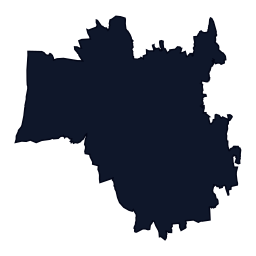 Re nor, Vestfold, Norway (Mercator projection)
{"feature_id": "86288312B25066460859021", "entity_name": "Re nor", "entity_type": "district", "adm_level": 2, "iso_a3": "NOR", "parent_name": "Norway", "parent_adm1": "Vestfold", "projection": "mercator", "projection_center": [10.283, 59.393], "detail": "fine", "context": "isolated", "style": "filled", "palette": "ink", "viewbox_px": 256, "rotation_deg": 0, "n_neighbors": 0, "source": "geoboundaries", "source_scale": "gbopen_adm2", "svg_char_len": 5774}
<svg xmlns="http://www.w3.org/2000/svg" viewBox="0 0 256 256"><path d="M15.4,142.4L21.7,141.0L26.3,141.3L30.3,140.0L36.2,142.5L41.7,140.3L50.0,139.2L52.5,138.1L53.5,138.7L58.2,138.3L60.6,136.2L62.7,136.1L63.4,135.5L63.7,136.4L65.0,136.6L64.5,137.2L64.7,137.6L65.2,136.8L67.6,136.7L70.2,139.0L71.6,138.9L71.4,140.4L70.4,141.3L71.1,141.7L71.3,142.5L72.3,141.6L73.0,142.0L73.5,143.2L75.2,142.5L77.6,142.9L80.6,141.5L80.8,140.7L83.2,139.0L85.6,134.7L86.6,134.0L86.5,136.6L85.5,139.4L84.7,144.4L85.7,146.5L85.6,148.6L84.9,151.3L85.3,153.5L89.7,154.3L90.4,157.1L92.8,161.9L92.7,164.1L98.5,165.7L98.1,169.5L99.1,171.9L99.7,174.9L99.6,179.0L100.0,182.5L112.9,178.1L112.5,179.9L113.8,181.4L114.4,184.4L114.1,185.9L114.8,186.4L115.1,189.0L116.3,191.3L117.7,197.6L119.7,202.6L123.8,207.2L129.1,210.2L132.3,211.1L133.3,209.6L136.2,214.2L136.5,216.4L136.1,217.2L136.2,220.6L135.6,222.9L135.6,223.8L135.8,223.9L134.3,227.2L134.2,228.4L134.9,228.8L134.7,231.2L135.2,231.9L136.5,232.0L142.7,228.8L145.4,228.8L148.0,229.6L149.6,229.3L150.2,225.1L151.9,222.9L152.6,221.1L154.2,221.2L156.0,225.8L158.6,230.5L159.2,232.7L159.5,236.7L160.9,236.4L165.0,239.7L166.0,238.3L166.4,236.5L166.2,235.8L166.7,234.0L166.1,231.2L168.8,231.7L168.6,232.3L171.5,232.4L171.6,229.8L170.8,228.3L172.2,226.2L171.9,225.1L172.3,223.8L179.1,223.2L179.0,223.7L179.7,224.2L179.7,227.1L181.1,230.4L185.4,228.0L185.1,226.8L185.8,227.0L185.5,224.8L186.2,223.4L185.6,221.1L185.7,220.7L193.5,219.9L198.3,222.2L201.1,220.8L201.9,221.1L210.0,219.9L209.4,207.1L210.1,206.7L211.7,207.8L212.1,207.5L212.0,206.8L213.3,207.0L213.6,207.7L215.4,207.0L215.5,205.8L218.0,203.7L217.8,200.8L217.3,199.3L216.2,199.2L215.0,194.6L212.8,192.6L212.7,191.3L212.3,191.1L213.4,186.5L214.3,185.9L213.9,184.8L216.2,185.2L217.1,186.5L219.0,186.3L219.6,188.0L222.2,187.3L222.1,186.1L224.8,185.3L225.7,186.3L225.9,188.5L228.1,195.0L228.7,194.8L228.7,193.6L228.3,192.3L228.4,191.3L228.0,190.8L228.4,189.9L230.9,189.1L230.8,187.7L231.3,186.3L237.3,184.9L237.4,183.2L236.8,180.8L236.1,174.7L236.2,172.0L237.4,167.2L234.0,167.2L233.3,164.3L233.4,163.5L232.9,162.7L232.7,158.4L232.2,157.7L233.2,155.9L233.9,155.8L233.9,155.1L236.1,155.8L235.9,157.2L236.5,157.4L236.6,158.4L235.4,162.3L238.3,163.7L239.7,163.3L239.5,160.5L240.1,158.4L239.9,157.4L240.2,156.3L240.1,154.3L240.6,150.0L239.8,148.1L238.9,148.1L238.1,146.5L233.8,146.4L233.0,147.4L233.0,147.9L230.9,148.6L229.5,150.6L228.9,150.5L228.3,147.9L228.0,147.5L227.6,144.7L227.7,141.2L226.9,141.0L226.4,139.1L226.6,135.6L226.1,134.0L227.5,128.9L227.2,125.1L228.2,123.8L228.3,120.9L230.0,120.1L232.1,116.8L231.5,115.8L229.9,114.8L227.7,115.0L228.4,117.9L227.9,119.5L222.6,117.0L221.6,118.0L220.8,117.9L219.1,115.5L216.1,114.5L215.3,115.0L215.1,119.6L213.4,119.7L212.9,122.2L211.1,124.0L210.4,123.8L209.8,123.3L208.6,118.7L208.9,116.5L209.2,116.5L205.9,113.8L205.9,112.7L203.4,112.8L203.5,110.6L204.1,108.2L204.0,105.6L203.0,105.5L202.4,107.5L200.6,106.0L203.0,103.8L202.9,102.4L202.1,100.7L202.7,99.6L202.5,97.8L204.2,96.5L206.2,96.1L205.7,94.6L203.1,94.4L202.1,93.7L202.1,91.4L202.8,90.3L202.2,86.9L202.5,84.5L200.7,83.2L201.3,82.9L201.9,80.7L206.3,81.7L207.8,81.6L208.5,80.1L208.8,80.2L208.7,79.8L209.3,79.2L208.9,79.1L209.5,77.6L209.2,77.5L209.0,75.0L208.5,73.2L209.0,72.6L209.0,71.6L209.9,70.6L211.0,66.4L212.4,65.8L212.4,64.3L213.0,64.5L213.4,63.9L212.9,61.8L212.5,61.5L213.0,60.9L212.7,60.7L213.8,60.3L213.4,59.4L214.3,59.8L214.1,60.9L213.7,61.4L213.8,61.8L215.5,63.6L217.8,62.9L220.0,63.1L221.1,64.2L224.2,62.9L224.1,60.1L225.7,59.7L225.3,56.4L224.8,55.4L223.0,53.1L221.4,52.5L221.0,51.8L218.8,50.0L218.5,49.3L218.7,47.1L218.3,45.4L217.8,45.3L216.3,43.0L217.0,44.2L215.1,42.6L215.3,42.4L214.9,42.0L215.4,40.9L215.5,38.8L215.2,38.3L215.4,36.0L216.4,35.7L216.5,34.8L216.0,33.6L216.1,31.6L213.4,21.8L211.7,18.6L210.5,18.0L209.8,19.6L209.4,24.4L208.8,26.0L209.0,26.4L208.6,27.4L208.8,28.4L208.1,29.8L208.0,31.6L207.0,32.4L204.6,32.8L202.4,32.3L201.1,31.0L199.7,31.9L199.4,33.1L198.4,34.2L197.4,36.5L194.0,36.8L194.1,38.8L194.9,42.5L194.4,43.5L194.3,44.9L195.1,45.8L193.5,47.9L193.7,49.1L194.3,50.0L193.6,52.9L192.9,53.5L193.2,55.4L192.6,55.9L192.0,55.6L191.6,53.6L190.0,53.6L190.1,54.4L188.6,55.0L187.8,56.4L186.5,56.6L185.2,51.5L182.0,52.9L180.4,52.8L181.6,48.4L180.2,48.3L180.3,47.4L179.6,47.1L177.5,46.9L175.3,49.3L169.9,50.0L170.0,50.7L167.2,53.0L165.2,49.0L164.6,49.4L163.4,47.5L163.0,44.0L163.1,41.3L161.4,40.7L159.9,41.1L159.7,42.4L160.3,46.3L162.3,50.2L161.0,50.8L160.5,49.9L159.7,50.3L158.9,48.2L155.7,49.1L155.9,48.5L155.6,48.2L154.8,48.4L153.9,46.1L153.9,44.8L152.9,45.4L152.6,44.6L152.6,45.9L153.9,49.5L153.6,51.0L148.7,51.0L146.6,50.0L146.8,54.7L143.4,55.9L143.3,58.8L140.9,57.5L140.6,58.2L137.5,59.3L134.2,59.0L133.5,58.5L133.4,56.7L132.9,56.6L132.5,52.6L132.7,51.7L131.5,49.0L133.0,47.1L132.4,44.9L132.6,43.7L131.8,42.0L132.9,40.9L132.3,40.2L131.6,40.5L131.1,37.6L129.9,34.7L127.4,30.7L127.5,31.4L125.8,29.1L125.1,23.6L125.3,19.7L125.0,18.2L120.5,16.8L115.9,16.3L112.2,19.1L110.1,20.0L109.4,23.7L109.9,25.3L109.3,26.6L109.4,28.2L107.9,30.3L106.3,28.0L105.3,28.1L103.5,27.5L102.8,26.5L101.5,26.3L97.4,20.5L96.4,20.1L96.4,22.5L97.3,25.0L96.5,27.2L88.6,30.2L87.1,29.6L88.1,33.4L89.8,36.4L90.4,39.1L81.7,39.6L78.9,40.8L81.4,48.0L79.3,48.2L77.1,47.0L74.6,46.9L74.9,49.5L77.5,52.5L77.6,53.0L78.7,53.7L79.2,55.6L82.7,60.9L77.5,60.8L63.5,58.5L57.0,58.9L53.6,60.1L53.2,57.8L52.1,55.2L51.4,55.2L51.1,54.2L50.0,53.6L49.2,54.5L49.2,55.2L48.1,55.5L45.7,54.8L44.0,52.8L41.8,51.7L28.0,51.4L28.1,55.1L27.1,70.2L27.2,80.5L27.4,84.9L27.9,86.3L27.9,88.9L26.4,96.7L26.4,99.2L25.1,105.5L25.3,107.9L24.9,107.9L24.0,116.0L22.1,125.3L21.2,127.2L18.6,130.3L18.3,131.8L16.4,136.0L16.3,139.3L15.4,142.4ZM236.2,147.4L235.0,147.6L234.7,147.4L236.2,147.4Z" fill="#0f172a" stroke="#020617" stroke-width="1.5"/></svg>